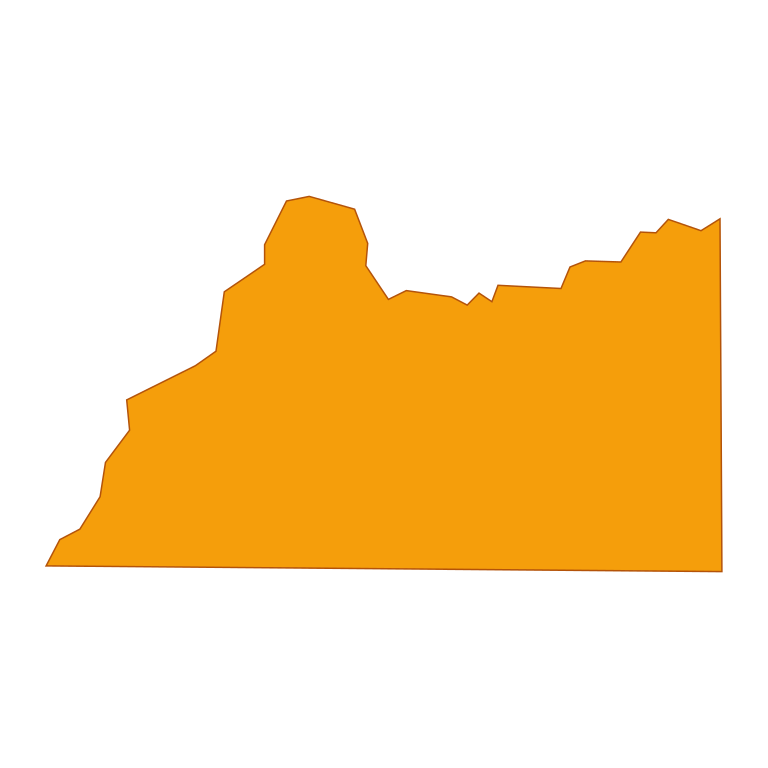 Cass, Illinois, United States of America (orthographic projection)
{"feature_id": "52423323B74744192559134", "entity_name": "Cass", "entity_type": "district", "adm_level": 2, "iso_a3": "USA", "parent_name": "United States of America", "parent_adm1": "Illinois", "projection": "orthographic", "projection_center": [-90.285, 39.999], "detail": "fine", "context": "isolated", "style": "filled", "palette": "amber", "viewbox_px": 768, "rotation_deg": 0, "n_neighbors": 0, "source": "geoboundaries", "source_scale": "gbopen_adm2", "svg_char_len": 561}
<svg xmlns="http://www.w3.org/2000/svg" viewBox="0 0 768 768"><path d="M126.7,399.9L129.6,430.2L105.5,462.4L100.1,496.7L79.9,529.1L59.8,539.6L46.1,565.9L721.9,571.6L721.7,528.1L720.0,218.8L701.0,230.7L668.3,219.4L656.0,232.8L640.5,232.1L620.9,262.0L585.4,260.9L570.0,267.0L561.0,288.5L498.0,285.3L491.9,301.7L479.0,293.1L467.2,305.1L451.6,296.9L406.3,290.6L388.4,299.4L365.8,265.7L367.7,243.4L354.6,209.2L309.2,196.4L286.5,201.0L264.6,244.7L264.6,264.3L224.3,291.8L216.0,351.2L195.4,365.7L126.7,399.9Z" fill="#f59e0b" stroke="#b45309" stroke-width="1.5"/></svg>